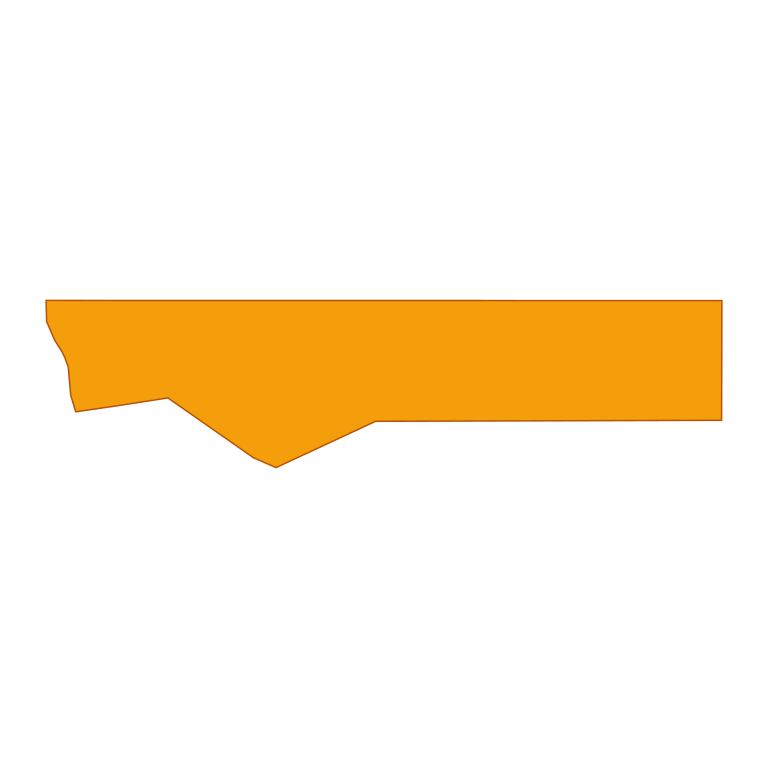 map outline of Ohangwena (Robinson projection)
{"feature_id": "NAM-3352", "entity_name": "Ohangwena", "entity_type": "Region", "adm_level": 1, "iso_a3": "NAM", "parent_name": "Namibia", "parent_adm1": "", "projection": "robinson", "projection_center": [16.315, -17.652], "detail": "fine", "context": "isolated", "style": "filled", "palette": "amber", "viewbox_px": 768, "rotation_deg": 0, "n_neighbors": 0, "source": "natural_earth", "source_scale": "10m", "svg_char_len": 480}
<svg xmlns="http://www.w3.org/2000/svg" viewBox="0 0 768 768"><path d="M46.1,300.4L49.2,300.4L120.2,300.5L191.2,300.5L262.2,300.5L333.2,300.5L404.2,300.5L475.3,300.5L522.2,300.6L546.3,300.6L617.3,300.6L688.3,300.6L721.9,300.6L721.6,420.3L375.5,421.3L276.0,467.6L253.4,457.7L168.0,398.0L167.9,397.9L117.6,405.7L75.7,411.8L70.6,394.7L70.5,392.8L68.2,366.9L64.6,357.0L61.7,351.2L54.9,340.6L46.6,321.6L46.1,300.5L46.1,300.4Z" fill="#f59e0b" stroke="#b45309" stroke-width="1.5"/></svg>